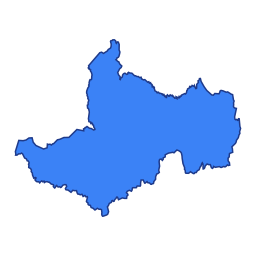 Gachoka, Eastern, Kenya
{"feature_id": "3690345B9660706705639", "entity_name": "Gachoka", "entity_type": "district", "adm_level": 2, "iso_a3": "KEN", "parent_name": "Kenya", "parent_adm1": "Eastern", "projection": "equal_earth", "projection_center": [37.603, -0.727], "detail": "fine", "context": "isolated", "style": "filled", "palette": "blue", "viewbox_px": 256, "rotation_deg": 0, "n_neighbors": 0, "source": "geoboundaries", "source_scale": "gbopen_adm2", "svg_char_len": 5754}
<svg xmlns="http://www.w3.org/2000/svg" viewBox="0 0 256 256"><path d="M232.6,94.6L231.3,94.2L227.7,91.9L226.2,92.2L222.9,90.8L221.0,90.4L220.0,91.1L219.9,92.0L219.0,93.8L214.8,93.5L213.3,95.2L211.7,94.9L206.8,90.5L204.1,86.7L201.1,81.4L200.4,78.5L199.5,78.6L199.6,79.0L198.6,80.7L198.0,80.9L198.4,82.4L196.7,84.4L196.6,88.2L196.3,88.5L195.7,88.6L194.4,85.5L194.1,86.4L192.1,85.4L191.7,86.3L191.1,86.5L190.7,87.2L189.9,86.6L189.8,85.8L189.4,87.9L187.6,88.9L187.3,90.2L186.8,90.7L186.5,92.5L185.8,93.7L185.4,94.0L184.7,93.6L181.5,95.1L181.2,96.1L180.4,96.1L180.2,96.8L179.9,96.7L179.5,97.4L179.0,96.7L178.6,97.8L176.2,96.8L176.9,98.6L175.2,97.9L174.6,98.1L174.2,97.2L173.4,97.0L173.1,96.0L172.5,96.1L172.2,95.3L171.6,95.7L170.6,95.0L170.1,95.0L169.6,96.1L169.3,95.9L169.4,95.5L168.5,96.1L167.4,94.8L166.5,96.0L166.5,97.5L166.2,97.5L166.0,97.0L164.9,96.6L165.1,96.1L165.0,95.7L164.3,95.5L164.0,94.6L163.6,94.8L163.5,95.3L162.3,94.6L162.6,94.0L160.4,93.3L159.4,93.4L158.7,92.4L158.1,92.1L157.4,92.8L157.1,92.8L156.5,91.7L154.8,90.7L154.6,89.2L154.1,88.4L154.4,87.8L154.3,87.4L153.8,86.8L153.4,87.4L152.9,86.8L152.2,86.8L152.4,85.7L152.0,85.4L152.2,84.9L151.4,83.9L150.6,83.6L150.5,82.7L149.4,83.1L148.8,81.7L147.7,82.2L144.8,79.6L143.3,79.9L142.3,79.1L141.6,79.0L141.1,77.2L139.6,77.6L138.3,76.5L137.1,76.6L135.6,75.8L134.5,75.7L131.9,73.2L129.7,73.0L128.6,72.3L127.9,72.8L127.8,73.9L126.8,74.4L125.0,73.2L124.4,73.3L123.5,73.8L122.6,75.0L122.3,76.9L120.8,78.1L120.3,79.6L119.8,79.3L120.1,76.6L118.7,75.1L117.7,72.5L119.8,68.6L121.1,67.6L121.8,66.0L119.8,64.1L118.7,61.7L118.0,61.6L115.9,59.7L116.7,59.0L117.1,57.8L118.3,57.3L118.9,56.4L119.6,53.8L119.9,52.0L119.1,49.9L119.2,44.5L118.3,42.1L117.3,41.9L116.4,43.3L116.0,42.7L115.6,40.8L114.4,39.8L112.8,39.8L112.3,40.5L110.9,40.7L110.5,41.5L111.2,44.0L111.1,46.4L110.5,48.1L108.2,49.5L107.4,50.9L103.5,53.4L101.6,52.2L99.8,52.7L88.6,65.7L89.0,66.6L88.2,67.9L88.6,68.5L88.9,68.5L88.9,69.0L89.4,69.2L89.6,68.9L90.0,69.7L90.5,69.9L90.3,70.2L90.6,71.3L91.4,72.4L92.1,75.1L91.8,75.8L91.6,79.2L90.9,79.8L90.1,79.6L89.6,80.3L89.5,81.5L89.1,82.1L89.2,84.0L88.6,85.1L89.0,85.8L88.8,86.6L87.8,88.0L86.7,91.1L86.6,93.0L87.3,94.7L87.1,95.7L87.7,96.5L88.0,98.1L87.8,98.5L88.6,99.8L88.7,100.7L88.1,102.3L88.1,104.7L87.3,105.2L87.6,108.1L88.1,108.3L88.6,109.0L89.2,111.3L89.3,112.4L88.4,118.9L88.8,120.2L88.7,121.1L89.1,121.8L90.7,122.1L90.7,123.2L90.9,123.6L91.9,123.0L92.7,124.2L92.5,124.7L93.5,125.3L93.9,127.3L94.7,128.4L94.9,129.5L93.6,130.0L91.3,128.5L89.5,128.3L87.0,126.5L86.4,127.1L85.0,127.6L84.8,128.5L83.6,128.8L83.7,130.8L76.9,129.5L68.9,137.4L63.9,137.5L59.8,139.3L57.4,139.8L53.6,143.7L52.7,143.8L51.4,145.0L50.0,144.2L48.4,144.5L47.4,144.1L47.1,147.8L43.6,149.0L35.9,145.5L33.2,142.2L32.1,137.8L28.9,138.0L26.1,140.0L23.1,140.7L18.8,140.4L15.4,151.5L15.8,154.3L15.6,155.1L17.0,155.1L18.7,153.8L20.2,153.9L21.6,153.1L22.6,153.9L24.6,158.0L26.4,158.9L27.2,160.8L28.1,160.9L29.0,162.3L29.1,163.1L28.5,164.2L28.9,165.0L28.7,167.5L30.5,168.5L31.4,170.0L31.2,171.6L32.3,173.0L32.5,175.0L33.8,178.2L35.3,177.5L35.9,177.7L35.9,178.7L35.2,179.2L35.0,179.9L36.2,181.3L37.1,181.8L38.7,181.7L39.7,182.9L40.5,181.8L41.8,180.9L42.9,181.9L43.9,181.1L44.3,181.2L44.5,182.5L45.6,181.8L47.2,181.6L48.3,182.2L49.1,182.1L51.1,184.0L53.4,184.7L53.7,185.5L53.3,186.2L53.4,186.7L54.6,188.0L55.0,187.8L56.3,185.6L56.7,185.4L57.4,186.6L58.3,187.0L59.7,186.7L60.6,187.5L61.3,187.2L62.9,185.2L64.7,184.6L66.0,184.7L66.7,186.4L65.4,188.5L65.6,189.3L66.0,189.8L68.1,190.1L71.0,192.3L72.8,190.3L74.8,190.7L76.5,190.6L77.2,193.1L78.0,194.2L78.9,194.1L80.2,194.8L82.0,194.3L83.1,196.5L83.8,196.2L84.2,195.6L85.0,195.5L86.0,196.9L87.3,196.6L87.5,197.3L86.4,201.4L86.8,202.1L87.9,202.8L88.1,204.4L88.5,204.9L90.4,205.4L91.1,207.5L93.2,208.3L94.7,209.9L95.2,209.9L97.3,208.3L99.1,209.3L100.5,209.2L101.5,209.7L101.9,212.6L101.7,214.0L102.0,215.4L102.6,216.2L103.4,216.1L106.6,215.0L107.7,214.2L108.6,211.7L107.4,206.8L108.4,205.6L109.3,203.4L111.3,202.4L111.9,200.7L112.6,200.5L113.3,201.4L114.1,201.2L114.8,199.5L115.8,198.7L116.7,197.1L117.5,197.2L118.5,199.7L122.4,197.9L124.6,198.4L126.6,198.4L126.9,196.1L128.0,195.0L127.6,193.9L126.4,192.8L127.2,191.3L129.3,190.3L131.4,191.2L132.0,190.3L132.4,188.0L132.8,187.7L136.2,187.7L136.5,187.6L136.8,186.5L137.2,186.0L140.2,186.1L140.6,185.3L140.6,182.9L141.1,180.0L143.2,180.0L144.6,183.1L145.0,183.2L147.0,181.6L147.9,182.8L149.5,182.9L150.7,184.2L151.6,184.3L152.3,183.7L153.3,183.6L153.6,183.2L153.8,181.6L155.6,179.3L155.6,176.8L156.7,174.0L158.0,173.5L159.3,172.4L158.7,170.2L159.6,166.2L159.1,161.8L159.4,159.9L159.9,159.3L161.3,159.1L162.3,160.4L163.2,159.3L163.2,157.9L165.2,156.9L165.2,154.8L168.5,153.1L172.8,152.3L174.0,152.8L176.9,150.0L179.0,150.8L180.6,151.9L181.4,153.1L182.0,155.8L182.2,158.5L183.0,163.6L184.7,168.0L184.4,169.1L185.2,170.4L185.4,172.7L185.8,173.2L188.3,173.3L189.5,172.7L190.4,171.7L193.4,173.6L194.3,173.5L195.0,172.5L196.3,172.5L197.3,170.8L199.2,169.7L200.1,167.1L201.0,166.1L201.8,163.6L202.3,162.8L202.9,163.9L203.1,165.3L203.0,168.1L203.2,169.0L204.0,168.7L204.7,167.8L205.2,165.9L207.1,164.0L208.9,164.7L210.3,164.6L211.4,167.7L212.4,168.4L213.2,167.7L213.7,166.4L215.2,167.3L219.4,166.6L220.7,167.4L221.6,167.4L223.4,166.5L225.0,166.9L226.1,166.3L227.4,164.9L228.4,165.5L229.7,165.2L229.4,162.6L228.1,160.8L228.1,158.1L229.2,156.9L229.4,153.8L229.7,153.4L232.7,152.3L232.4,148.7L231.9,146.8L235.4,143.4L236.1,142.1L236.5,140.2L238.3,137.7L239.0,135.0L239.9,133.4L239.6,131.7L240.6,128.4L239.9,126.5L239.2,118.8L238.6,118.7L238.0,120.3L237.6,120.4L236.8,119.4L235.8,119.8L235.0,119.3L234.6,117.0L236.4,108.4L234.4,107.9L233.5,106.7L233.7,104.1L233.5,103.0L234.1,101.0L233.5,100.0L232.6,94.6Z" fill="#3b82f6" stroke="#1e3a8a" stroke-width="1.5"/></svg>